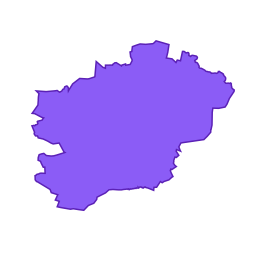 Rosario, Sonora, Mexico, rotated 101°
{"feature_id": "50627088B12360956562142", "entity_name": "Rosario", "entity_type": "district", "adm_level": 2, "iso_a3": "MEX", "parent_name": "Mexico", "parent_adm1": "Sonora", "projection": "mercator", "projection_center": [-109.365, 28.044], "detail": "fine", "context": "isolated", "style": "filled", "palette": "violet", "viewbox_px": 256, "rotation_deg": 101, "n_neighbors": 0, "source": "geoboundaries", "source_scale": "gbopen_adm2", "svg_char_len": 5059}
<svg xmlns="http://www.w3.org/2000/svg" viewBox="0 0 256 256"><g transform="rotate(101 128 128)"><path d="M208.4,147.2L204.1,145.1L201.8,145.2L196.0,137.7L192.3,134.9L191.2,131.0L190.6,126.1L190.0,122.7L189.6,121.7L189.1,120.4L188.5,118.3L188.2,117.6L188.1,117.1L188.1,116.8L188.2,116.5L188.1,116.4L187.9,116.3L187.9,116.2L187.7,115.8L187.6,115.7L187.7,115.4L187.9,115.4L188.0,115.4L188.3,115.1L188.2,115.0L188.0,114.9L188.0,114.7L187.8,114.4L187.7,114.4L187.5,114.0L187.3,113.9L187.3,113.7L187.5,113.6L187.6,113.4L187.8,113.3L187.6,113.3L187.5,113.2L187.4,113.2L187.2,113.0L187.2,112.7L187.1,112.4L186.9,112.2L186.7,112.0L186.7,111.9L186.7,111.7L186.5,111.4L186.6,111.2L186.5,110.9L186.4,110.6L186.2,110.2L185.7,109.5L185.7,109.3L185.7,109.2L185.8,108.9L185.6,108.8L185.5,108.6L185.4,108.5L185.5,108.4L185.2,108.2L185.2,107.8L185.2,107.7L185.2,107.3L185.1,107.2L184.9,106.8L185.0,106.4L185.0,106.1L184.9,106.0L184.4,106.3L184.5,106.1L184.3,106.0L184.2,105.7L183.9,105.4L183.8,105.2L183.7,105.0L183.6,104.8L183.6,104.6L183.6,104.3L183.5,104.2L183.4,104.1L183.5,104.0L183.5,103.9L183.7,103.6L183.7,103.3L183.7,103.0L183.8,102.9L183.7,102.7L183.6,102.3L183.7,102.2L183.9,102.2L184.0,102.1L184.1,101.9L184.0,101.7L183.9,101.5L183.9,101.4L183.7,101.3L183.5,101.1L183.4,101.1L183.1,100.9L182.6,100.0L182.7,99.7L182.9,99.6L182.8,99.4L183.0,98.9L183.1,98.3L183.1,97.2L183.3,96.1L184.3,90.9L181.3,91.2L180.7,88.6L174.4,86.0L175.2,84.0L173.6,82.4L171.1,77.9L168.0,75.6L167.1,74.6L163.9,77.0L161.7,78.4L160.1,78.0L160.5,77.1L156.6,73.2L155.7,74.9L153.9,76.7L152.4,76.6L151.1,76.9L147.6,76.4L147.7,74.9L145.1,72.9L141.6,76.3L139.9,76.3L140.7,72.0L139.5,72.9L136.8,74.5L132.6,73.2L131.6,70.5L124.9,51.3L121.1,48.7L116.4,46.0L113.8,46.4L113.7,46.2L109.1,46.1L96.6,48.3L92.3,48.5L91.4,42.8L88.9,36.7L85.8,35.4L79.6,34.1L72.0,30.9L71.1,30.9L70.6,31.0L70.4,31.0L70.2,31.3L70.1,31.8L70.1,32.0L69.9,32.2L69.7,32.4L69.4,32.9L68.8,33.7L68.5,33.9L68.3,34.1L68.1,34.1L67.9,34.1L67.7,34.1L67.2,34.3L66.6,34.6L66.3,34.8L66.0,34.9L65.7,34.9L65.3,34.9L65.0,35.0L64.9,35.0L64.7,35.2L64.6,35.5L64.3,35.6L64.2,35.9L64.2,36.0L64.5,36.3L64.8,36.6L64.8,37.4L64.8,38.0L64.8,38.3L64.9,38.5L65.1,39.0L65.1,39.3L65.2,39.6L65.4,40.7L64.0,42.4L62.7,41.6L62.4,41.5L61.0,41.5L60.0,41.8L59.0,42.8L58.3,43.9L57.5,44.5L57.1,44.5L56.8,44.9L56.6,45.1L56.6,45.6L56.2,46.1L55.9,46.8L55.9,47.5L55.0,49.1L55.3,50.1L55.9,50.0L56.5,50.3L56.8,50.5L57.5,51.7L57.4,52.2L57.4,53.0L58.1,55.1L58.1,55.7L58.4,56.4L58.0,56.9L58.0,57.3L57.5,57.8L57.4,58.6L57.6,60.2L57.4,60.8L57.5,61.8L57.3,62.7L57.0,63.1L56.6,63.6L55.9,65.7L55.4,67.5L55.6,68.7L55.4,69.3L55.3,69.5L55.1,69.8L54.9,69.9L54.6,69.9L54.2,69.9L53.8,69.9L53.5,70.1L53.2,70.4L52.6,70.8L52.4,71.1L52.1,71.3L51.8,71.4L51.6,71.6L51.3,71.9L50.8,72.5L50.5,73.2L50.5,73.3L50.7,73.7L50.7,73.9L50.7,74.3L50.6,74.5L50.1,74.7L49.8,74.8L49.7,74.9L49.5,75.1L49.3,75.3L49.1,75.4L48.9,75.3L48.6,75.0L48.2,74.6L47.7,74.1L47.2,73.6L46.9,73.5L46.3,73.4L46.0,73.3L45.6,73.3L45.0,73.7L44.5,74.4L44.4,74.5L44.4,75.0L44.4,75.3L44.3,76.3L44.4,76.6L44.3,78.2L44.4,78.8L44.5,79.1L44.8,79.4L45.1,79.6L45.7,80.1L45.8,80.2L45.7,80.3L45.5,80.5L45.4,80.6L45.4,81.2L45.5,81.5L45.3,82.0L45.1,82.2L44.9,82.3L44.6,82.2L44.2,82.2L43.9,82.3L43.7,82.2L43.1,82.6L42.6,82.9L42.5,83.1L42.5,83.7L42.5,83.8L43.0,84.7L43.1,84.9L43.1,85.7L43.1,85.8L43.0,86.0L42.3,86.9L42.2,87.0L42.2,88.5L42.3,88.6L42.4,89.1L52.0,89.3L51.9,92.6L54.6,93.4L51.7,98.0L52.0,103.7L46.3,103.4L38.3,103.7L37.1,117.1L39.9,119.0L40.5,119.7L42.5,126.6L43.2,132.2L45.1,135.6L47.3,139.2L52.2,138.9L53.0,140.5L56.3,139.4L57.4,139.1L60.3,136.9L61.5,136.9L65.2,138.0L66.8,142.2L65.6,142.6L67.4,146.0L68.3,146.2L66.1,152.0L66.6,153.5L67.9,154.5L68.4,155.1L69.2,155.2L70.6,162.1L73.7,161.6L73.2,164.3L68.8,171.9L84.0,170.3L84.4,170.8L87.1,175.7L87.6,177.2L88.6,184.9L95.1,190.6L95.8,191.0L96.3,191.1L97.3,191.5L102.0,193.3L103.0,193.6L102.3,193.8L101.0,193.9L99.9,194.3L98.6,195.4L98.5,196.4L99.7,198.0L101.9,198.3L102.5,199.4L104.4,200.1L105.9,202.0L104.7,204.7L105.4,206.6L107.9,215.3L109.1,225.1L111.2,222.0L114.5,221.9L117.4,221.5L117.7,221.4L122.7,220.8L131.9,224.9L131.7,222.0L131.9,221.8L134.0,214.6L134.2,212.7L134.8,213.1L136.7,213.9L138.6,218.0L139.3,218.3L139.7,217.8L140.9,217.3L141.8,217.8L142.6,219.5L143.1,219.6L143.4,219.8L143.5,219.9L143.6,220.2L143.5,220.8L143.5,221.3L143.9,221.9L144.2,222.7L150.0,218.9L151.0,219.1L151.8,218.9L153.4,217.3L153.1,215.2L154.8,214.3L155.0,209.8L154.9,209.5L156.2,204.3L157.5,200.6L157.9,198.4L155.9,192.7L163.7,186.3L164.1,185.3L168.2,192.9L169.5,195.6L170.2,198.1L170.6,202.9L169.0,205.8L170.0,208.1L171.1,210.1L171.5,210.2L174.2,210.5L176.8,210.1L177.4,207.5L178.9,206.6L182.7,203.7L182.3,202.2L188.3,200.7L188.9,204.6L189.2,205.7L190.1,206.9L190.6,207.6L190.6,208.3L191.4,209.1L191.7,209.2L192.0,209.3L192.7,210.2L193.1,210.0L196.6,209.2L198.0,207.6L198.1,206.6L203.2,192.7L206.1,191.0L206.9,184.2L212.6,185.6L213.1,181.5L218.8,182.5L218.9,179.0L218.7,169.0L217.7,166.3L217.5,161.0L217.2,155.7L211.6,152.1L208.4,147.2Z" fill="#8b5cf6" stroke="#5b21b6" stroke-width="1.5"/></g></svg>